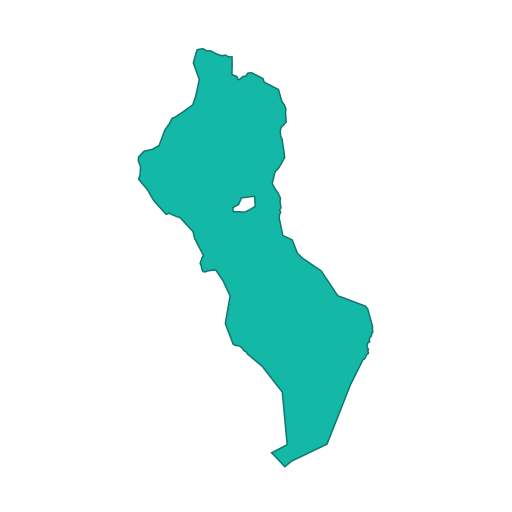 Aldarxaan, Dzavhan, Mongolia, rotated 262°
{"feature_id": "93677404B43820021416267", "entity_name": "Aldarxaan", "entity_type": "district", "adm_level": 2, "iso_a3": "MNG", "parent_name": "Mongolia", "parent_adm1": "Dzavhan", "projection": "mercator", "projection_center": [96.609, 47.727], "detail": "fine", "context": "isolated", "style": "filled", "palette": "teal", "viewbox_px": 512, "rotation_deg": 262, "n_neighbors": 0, "source": "geoboundaries", "source_scale": "gbopen_adm2", "svg_char_len": 5702}
<svg xmlns="http://www.w3.org/2000/svg" viewBox="0 0 512 512"><g transform="rotate(262 256 256)"><path d="M468.5,226.5L463.9,224.2L455.9,220.8L438.5,224.4L422.6,218.5L414.5,214.4L409.4,204.8L404.7,195.0L404.1,192.1L399.1,188.6L393.4,183.2L387.1,179.8L382.2,177.2L379.0,175.5L376.1,168.4L375.3,159.6L370.4,153.5L366.8,152.7L366.6,152.8L366.2,152.8L363.1,153.5L360.5,154.1L357.3,153.5L352.6,152.5L348.5,150.4L345.2,152.4L336.6,157.8L325.2,162.4L320.1,165.8L319.9,165.9L315.6,168.8L309.8,172.7L309.7,172.8L309.8,173.2L310.0,174.0L310.1,174.5L310.5,175.8L309.4,177.5L306.0,183.0L304.7,186.0L293.0,194.2L292.8,194.3L290.9,195.6L289.0,197.0L281.7,197.7L279.5,198.5L275.5,199.9L275.3,200.0L275.2,200.0L274.8,200.1L271.3,201.4L264.8,203.7L264.7,203.7L263.4,204.2L262.9,203.4L262.6,203.1L262.2,202.6L261.9,202.3L261.5,202.0L261.3,201.9L261.1,201.9L260.8,201.8L260.6,201.8L260.4,201.8L260.1,201.7L259.9,201.6L259.7,201.5L259.6,201.3L259.4,201.2L259.2,201.0L258.8,200.8L258.6,200.6L258.4,200.5L257.9,200.3L257.6,200.2L257.4,200.1L257.0,200.0L256.7,199.8L256.4,199.7L256.2,199.7L255.9,199.8L255.6,199.8L255.4,199.9L255.0,199.9L254.9,199.9L254.8,200.0L254.7,200.1L254.5,200.3L254.0,200.4L253.6,200.5L253.0,200.5L252.7,200.5L252.3,200.4L251.9,200.4L251.4,200.5L250.7,200.6L250.2,200.7L249.6,200.7L249.1,200.8L248.7,201.0L248.3,201.3L248.0,201.6L247.8,201.9L247.6,202.2L247.5,202.4L247.4,202.8L247.4,203.1L247.4,203.8L247.7,205.0L247.9,205.8L247.9,206.3L248.0,207.0L248.0,208.1L248.0,209.8L247.7,214.2L242.7,216.7L235.8,220.0L230.1,221.7L220.0,224.8L193.4,216.2L176.3,220.1L171.8,221.1L171.6,221.4L171.0,222.2L170.5,222.9L170.2,223.2L170.2,223.4L170.1,223.6L170.1,224.0L170.1,224.4L169.7,225.7L169.4,226.5L169.3,226.9L169.1,227.1L168.9,227.4L168.4,227.8L168.0,228.3L167.0,229.2L166.6,229.6L166.2,229.8L165.6,230.1L164.9,230.4L164.2,230.8L163.7,231.1L163.4,231.4L163.2,231.7L162.9,232.2L162.5,232.8L162.3,233.0L162.1,233.1L161.8,233.2L161.6,233.3L161.3,233.4L160.8,233.5L160.4,233.7L146.0,246.7L142.5,248.7L117.9,262.9L117.6,263.1L64.8,260.6L58.9,244.0L54.6,247.3L43.3,255.2L47.9,262.6L48.7,265.1L50.8,271.8L55.4,286.2L58.0,294.5L58.3,295.5L58.5,295.9L59.5,299.2L59.8,300.1L64.0,302.5L115.3,331.6L136.4,346.1L136.5,346.2L138.6,347.6L138.7,348.2L138.8,348.5L138.9,348.9L139.1,349.3L139.5,349.7L139.9,350.0L140.2,350.2L140.6,350.4L141.0,350.6L141.4,350.7L141.7,351.0L142.1,351.2L142.4,351.5L142.6,351.7L142.8,351.9L143.1,352.5L143.4,353.0L143.6,353.2L143.9,353.6L144.2,353.8L144.6,353.9L144.8,353.9L145.0,353.9L145.3,353.8L145.6,353.7L145.8,353.5L146.0,353.4L146.4,353.4L146.6,353.4L146.8,353.6L146.9,353.8L147.1,353.8L147.3,354.0L147.6,354.1L147.9,354.3L148.1,354.3L148.4,354.3L148.6,354.2L148.8,353.9L149.1,353.6L149.4,353.5L149.7,353.4L149.8,353.4L150.0,353.4L150.5,353.5L150.9,353.4L151.1,353.4L151.3,353.4L151.6,353.4L151.8,353.4L151.9,353.5L152.2,353.7L152.5,353.8L152.8,354.0L153.0,354.1L153.5,354.3L154.0,354.4L154.2,354.6L154.4,354.7L154.6,355.0L154.8,355.5L154.9,356.0L155.0,356.0L155.1,356.3L155.3,356.6L155.5,356.7L155.8,356.7L156.0,356.7L156.4,356.4L156.7,356.4L156.9,356.4L157.1,356.5L157.4,356.6L157.6,356.6L157.8,356.7L158.1,356.9L158.4,356.9L158.6,356.9L158.9,357.0L159.1,357.1L159.2,357.3L159.4,357.5L159.6,357.7L159.7,357.9L159.8,358.0L160.0,358.4L160.2,358.6L160.7,358.9L160.9,359.1L161.0,359.2L161.2,359.3L161.5,359.3L161.9,359.5L162.2,359.6L162.3,359.7L162.7,359.8L162.9,359.9L163.2,359.9L163.3,359.9L163.5,359.9L163.8,359.9L164.0,360.1L164.0,360.4L164.1,360.8L164.3,360.9L164.4,361.0L164.7,361.0L164.9,361.0L165.1,361.1L165.4,361.2L165.9,361.2L166.2,361.2L166.5,361.1L166.9,361.0L167.2,361.0L167.3,361.0L167.5,361.0L167.8,361.1L168.1,361.2L168.3,361.3L168.6,361.2L168.9,361.3L169.1,361.4L169.4,361.5L169.7,361.6L170.1,361.6L188.0,359.3L191.1,357.4L205.3,331.4L232.1,318.5L241.7,308.0L244.0,305.5L247.3,301.8L252.9,297.4L261.8,295.3L265.8,294.4L266.2,294.3L266.9,294.1L272.6,285.4L284.9,284.7L285.5,284.5L286.6,284.6L288.6,284.2L290.7,284.3L292.4,284.8L293.6,285.0L294.8,285.8L295.7,286.4L296.6,286.4L298.1,285.8L298.7,285.9L299.1,286.5L299.7,287.1L300.2,287.4L304.3,287.4L304.6,287.4L307.2,287.5L309.7,288.3L315.4,286.6L319.8,284.2L320.0,284.2L322.2,283.4L325.1,282.3L327.2,282.7L328.7,283.4L329.2,283.6L332.2,284.8L336.7,286.6L340.3,291.1L349.5,298.1L354.9,298.2L356.6,298.2L362.3,298.1L368.0,298.1L368.4,298.0L371.0,297.2L371.3,297.0L373.0,297.2L374.6,297.3L374.9,297.4L376.8,297.5L379.7,298.7L384.3,304.5L386.5,304.7L393.4,305.2L397.5,306.1L401.9,305.0L405.6,303.1L417.7,301.4L427.0,288.3L430.8,287.6L436.9,278.8L437.0,278.5L437.3,278.3L437.6,278.0L437.8,277.6L438.1,277.2L438.1,276.4L438.2,275.6L438.2,274.9L438.3,274.3L438.2,273.4L437.7,272.8L437.1,272.1L436.6,271.9L436.0,271.5L435.7,271.3L435.6,270.8L435.4,270.5L435.3,270.1L435.3,269.7L435.6,269.4L435.7,268.9L435.7,268.5L435.3,267.7L434.9,266.9L433.6,265.0L433.4,264.4L433.1,263.4L433.2,263.0L433.4,262.4L434.4,262.5L435.4,262.4L436.4,261.9L436.9,261.2L437.5,260.2L438.0,259.1L438.7,258.3L439.1,257.4L448.7,259.0L456.5,260.0L457.0,256.7L459.3,253.4L459.1,252.7L459.1,250.9L459.5,249.3L459.9,248.1L460.6,246.8L461.2,245.8L462.0,244.4L462.6,243.5L463.7,242.1L464.6,240.9L465.1,240.1L465.6,239.0L465.7,238.5L465.8,238.1L465.8,237.0L465.9,236.6L466.0,235.8L466.2,235.4L466.6,234.8L467.0,234.3L467.3,234.0L467.7,233.9L467.9,233.5L468.1,233.0L468.4,232.5L468.7,232.0L468.5,226.5ZM315.5,255.9L315.4,262.9L308.0,262.4L305.3,262.2L303.1,257.2L302.4,255.3L301.2,251.5L300.9,250.7L302.2,245.7L303.0,239.7L305.2,239.7L305.4,239.7L307.1,239.7L309.4,245.9L312.2,247.7L312.5,247.8L313.5,248.5L315.0,249.4L315.6,249.8L315.5,252.2L315.5,253.3L315.5,254.5L315.5,255.4L315.5,255.5L315.5,255.9Z" fill="#14b8a6" stroke="#0f766e" stroke-width="1.5"/></g></svg>